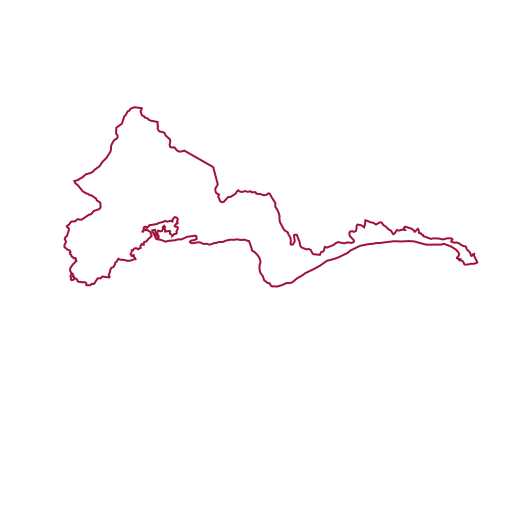 Golfito, Puntarenas, Costa Rica (Mercator projection), rotated 300°
{"feature_id": "36466004B12763689767454", "entity_name": "Golfito", "entity_type": "district", "adm_level": 2, "iso_a3": "CRI", "parent_name": "Costa Rica", "parent_adm1": "Puntarenas", "projection": "mercator", "projection_center": [-83.1, 8.423], "detail": "fine", "context": "isolated", "style": "outline", "palette": "rose", "viewbox_px": 512, "rotation_deg": 300, "n_neighbors": 0, "source": "geoboundaries", "source_scale": "gbopen_adm2", "svg_char_len": 6081}
<svg xmlns="http://www.w3.org/2000/svg" viewBox="0 0 512 512"><g transform="rotate(300 256 256)"><path d="M145.5,105.5L144.5,106.9L143.1,107.4L142.9,108.5L144.2,109.8L145.9,110.0L146.9,107.5L148.0,107.2L146.5,109.2L146.1,111.1L146.4,112.3L144.9,114.4L144.9,115.4L145.8,116.7L146.1,118.3L147.8,121.0L147.6,122.6L146.0,123.5L146.2,124.3L147.7,127.0L149.9,127.7L150.2,128.9L151.0,129.7L157.5,130.0L159.0,132.6L161.4,133.2L164.0,139.6L164.7,139.7L166.0,137.9L169.2,137.5L171.2,136.7L173.6,136.7L175.1,138.1L178.5,138.0L179.5,137.5L181.6,138.1L184.8,138.2L184.8,139.6L185.3,141.3L186.2,142.4L187.7,147.5L189.6,150.0L191.4,151.3L193.0,153.2L193.9,152.1L194.3,150.2L195.6,149.8L195.6,149.3L193.9,148.3L194.6,146.6L198.3,146.1L198.9,145.6L199.4,146.6L200.8,146.6L202.4,147.6L202.9,148.5L203.0,150.8L204.4,151.1L205.3,152.1L207.1,150.9L209.2,151.0L209.5,153.1L210.6,152.7L210.6,152.4L212.3,152.2L214.0,153.9L216.5,154.1L220.9,155.6L221.4,155.5L222.2,154.2L223.7,152.9L224.1,151.8L224.0,149.8L224.6,148.0L223.3,147.8L223.4,146.2L220.5,146.0L220.4,145.5L222.8,145.6L224.4,144.6L225.0,144.7L226.1,145.4L226.0,147.1L227.6,148.2L229.3,148.2L234.3,154.4L235.3,154.7L239.4,158.8L240.9,159.7L241.4,162.1L243.9,164.6L244.0,166.4L246.3,165.5L249.0,166.1L249.6,168.4L248.6,170.0L246.3,170.4L245.5,171.7L244.7,171.6L244.3,170.8L241.4,170.5L241.1,171.4L241.7,172.7L241.6,174.1L239.9,174.7L237.5,174.8L236.5,175.8L235.3,175.7L234.1,174.2L231.4,173.5L232.1,173.1L232.4,170.1L234.1,169.5L234.6,168.7L231.7,165.0L233.4,164.1L233.6,163.1L234.7,162.5L235.6,162.8L236.2,161.3L234.3,160.9L233.2,161.9L230.5,162.0L229.5,160.7L229.1,158.5L228.2,158.4L225.8,159.6L224.5,161.8L223.3,162.4L222.5,162.4L222.5,161.8L223.9,160.8L224.7,159.7L224.3,158.6L228.2,155.5L226.4,153.3L224.9,154.6L223.0,158.4L221.5,159.8L220.9,161.5L222.3,165.2L223.2,170.5L225.2,172.4L229.0,177.8L231.6,180.4L233.1,183.1L238.2,186.8L243.2,193.2L243.4,194.4L242.2,195.0L241.6,195.9L240.9,196.0L238.9,194.6L237.0,192.2L236.1,191.7L235.1,191.7L234.7,192.7L235.4,194.8L238.9,199.0L239.8,200.6L240.3,204.7L242.1,207.6L242.5,209.9L244.0,211.6L245.9,212.9L247.5,215.2L249.2,216.4L251.8,220.5L254.3,222.2L257.4,225.8L258.8,228.5L261.0,231.4L262.2,234.7L263.9,237.2L264.7,239.0L264.8,240.7L265.5,242.4L260.6,248.2L258.9,249.6L258.6,253.3L257.5,257.0L255.9,260.2L253.0,263.0L250.2,263.6L248.2,264.4L244.8,266.9L243.5,268.4L241.9,272.0L239.1,275.2L238.5,279.6L239.1,281.5L237.9,283.3L237.7,285.3L238.8,286.6L239.6,288.8L240.4,289.8L243.8,293.1L247.7,295.8L249.0,298.1L251.2,300.5L257.1,302.7L262.6,305.9L265.9,307.3L273.7,312.7L279.7,316.3L287.3,319.8L292.9,325.5L296.7,328.5L304.5,333.8L307.8,334.9L316.9,341.1L322.1,347.0L325.7,352.0L327.0,353.1L329.3,356.9L337.8,368.1L341.2,374.5L345.3,380.8L347.7,385.6L350.9,397.7L358.5,410.7L360.5,412.6L361.8,420.5L361.4,426.6L360.1,429.9L359.0,431.2L357.5,431.4L355.1,430.9L354.5,431.2L355.3,434.2L354.2,433.7L353.9,434.2L354.8,436.0L354.7,438.2L353.2,440.1L353.1,441.4L354.4,443.5L356.8,446.1L358.1,448.5L360.4,450.6L361.3,450.8L365.3,444.6L366.9,443.9L366.5,443.3L363.9,442.7L363.8,442.2L366.0,439.6L367.3,435.1L369.1,433.0L368.2,429.9L368.4,424.9L367.8,422.6L366.7,421.2L366.1,417.8L368.6,417.8L369.0,416.5L367.1,413.0L363.8,409.6L362.4,405.3L359.8,400.5L358.3,399.0L357.0,391.4L357.0,390.7L357.7,390.0L357.4,388.7L358.0,387.4L357.5,385.6L359.8,383.9L360.5,382.6L356.4,381.4L357.3,379.0L357.4,377.0L356.1,370.9L355.6,370.3L354.1,370.1L353.1,372.0L351.8,369.3L349.4,367.0L348.9,365.0L344.7,364.7L343.5,363.9L345.5,360.0L345.3,357.4L346.3,354.0L346.5,350.5L347.5,348.9L347.7,347.3L347.0,346.4L343.3,344.2L343.4,341.0L342.3,337.8L342.3,335.9L341.6,332.9L338.0,334.5L335.0,335.3L335.3,331.9L333.9,328.1L332.3,328.1L329.4,329.6L327.6,330.0L325.8,328.7L325.7,327.2L324.3,325.3L323.3,325.2L321.6,325.9L320.0,327.7L318.8,332.3L318.1,333.3L317.2,333.7L315.3,332.5L313.5,328.4L311.1,326.1L309.1,320.2L307.3,318.8L304.1,317.5L298.7,313.2L298.5,311.2L297.1,311.2L295.3,312.0L293.6,312.0L292.0,310.5L288.9,310.7L286.3,304.9L286.5,303.6L288.6,300.4L288.6,298.7L286.9,296.1L286.2,291.0L287.1,289.0L289.6,287.1L294.8,280.7L293.8,278.9L292.8,278.6L288.1,282.2L284.3,282.2L283.5,280.9L283.5,280.1L284.0,279.7L286.5,278.7L289.1,276.6L291.0,273.2L292.4,271.6L292.4,268.3L293.0,266.7L297.3,259.8L299.9,257.7L302.1,256.6L304.3,254.6L306.7,251.3L308.3,248.1L311.1,246.5L311.9,245.7L314.7,240.1L316.7,237.1L316.6,235.5L314.2,234.5L312.5,232.4L311.7,228.4L310.3,225.7L310.3,224.7L310.9,224.1L310.9,223.4L309.0,220.3L309.4,219.0L307.5,216.8L306.7,214.0L304.5,212.0L303.7,209.6L304.0,207.8L302.4,207.2L300.1,207.2L298.9,206.8L294.4,204.3L293.1,202.4L286.7,201.0L285.6,199.6L285.5,197.8L288.7,193.4L290.7,193.3L290.6,190.4L291.4,188.9L293.8,187.1L298.9,187.1L311.6,174.5L311.4,141.2L308.8,138.7L307.9,136.8L307.9,134.9L309.3,131.0L308.0,129.1L307.6,127.1L308.9,125.7L312.4,124.5L314.0,123.1L315.2,117.4L316.6,115.7L316.8,113.3L315.6,110.3L316.4,108.0L317.5,106.9L319.3,106.3L320.5,105.1L322.9,103.7L320.6,97.4L320.4,95.2L320.9,93.2L320.3,90.3L321.0,89.5L320.8,86.8L323.0,84.2L324.2,83.6L326.5,83.5L326.9,83.1L324.1,76.4L320.9,73.8L318.3,73.5L317.2,72.6L312.7,72.6L310.9,72.1L303.6,73.7L297.3,70.9L292.1,73.6L291.2,75.8L289.5,76.8L287.6,76.5L285.7,75.3L282.8,75.1L279.0,75.4L276.0,77.0L273.6,77.8L266.0,77.4L260.5,75.9L255.8,75.7L250.1,73.2L247.4,72.5L245.1,71.2L241.8,67.9L236.9,66.1L234.6,64.6L233.0,64.0L230.0,61.2L228.7,63.1L228.2,66.4L225.4,73.6L225.3,77.6L225.8,79.4L225.5,81.5L226.2,82.9L225.8,88.7L224.6,90.2L224.4,93.8L224.0,94.8L221.1,96.7L219.8,97.1L218.1,96.7L214.2,93.2L213.3,92.8L210.3,92.5L209.2,91.9L208.3,90.7L200.4,86.9L199.6,85.7L198.8,83.4L197.6,82.5L195.5,82.0L193.7,79.1L192.6,78.6L190.1,78.5L187.2,77.2L186.8,77.6L186.3,80.0L185.0,81.0L178.4,82.3L177.1,81.6L175.2,81.7L173.4,84.4L169.6,84.6L167.9,85.8L167.3,89.4L167.6,92.1L166.6,93.5L165.8,93.2L164.7,93.9L164.5,95.5L163.6,96.3L163.2,97.6L163.4,98.3L162.9,99.3L163.8,100.4L163.4,101.6L162.6,101.7L161.9,103.0L160.7,102.4L158.9,102.3L157.7,101.7L153.3,101.2L150.9,101.9L149.9,102.9L148.9,104.9L145.5,105.5Z" fill="none" stroke="#9f1239" stroke-width="2"/></g></svg>